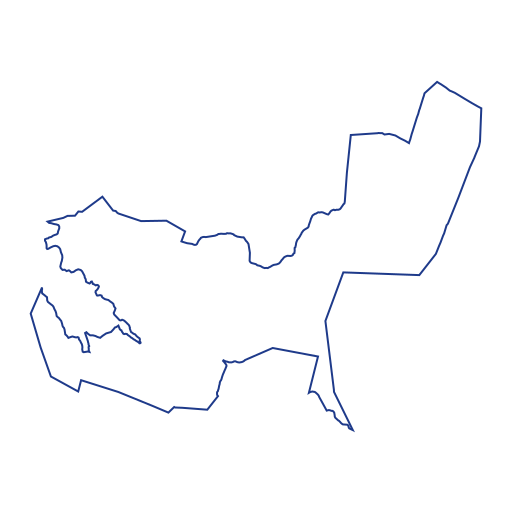 San Andrés Teotilálpam, Oaxaca, Mexico
{"feature_id": "50627088B65855706883459", "entity_name": "San Andrés Teotilálpam", "entity_type": "district", "adm_level": 2, "iso_a3": "MEX", "parent_name": "Mexico", "parent_adm1": "Oaxaca", "projection": "robinson", "projection_center": [-96.621, 17.951], "detail": "fine", "context": "isolated", "style": "outline", "palette": "blue", "viewbox_px": 512, "rotation_deg": 0, "n_neighbors": 0, "source": "geoboundaries", "source_scale": "gbopen_adm2", "svg_char_len": 5949}
<svg xmlns="http://www.w3.org/2000/svg" viewBox="0 0 512 512"><path d="M78.2,391.5L81.1,380.2L118.4,392.0L153.0,406.1L168.4,412.6L174.2,407.0L175.1,407.5L182.4,407.8L207.3,409.7L218.0,396.1L217.1,394.9L217.0,392.8L217.2,392.0L217.9,391.1L218.1,390.1L218.5,389.1L218.7,388.2L218.9,387.2L219.1,386.0L219.7,383.9L219.8,382.5L220.4,381.0L221.0,380.3L221.5,379.1L222.0,377.2L222.9,374.5L223.7,372.7L224.6,370.5L225.3,369.0L226.5,366.0L226.4,365.1L225.7,364.0L224.2,362.1L223.1,360.9L223.5,360.3L224.8,361.0L226.6,361.6L227.4,361.7L228.9,362.3L231.4,362.4L232.9,362.0L234.0,361.4L235.0,361.3L235.7,361.4L236.7,361.9L237.6,362.2L239.3,362.5L241.6,362.1L242.8,361.7L244.1,360.9L245.1,360.0L272.7,348.0L318.0,356.5L308.9,392.8L309.7,392.3L310.8,391.9L312.4,391.5L313.8,391.8L314.7,391.9L315.6,392.5L317.6,394.3L318.6,395.5L319.4,397.4L321.8,401.7L326.7,410.6L328.6,410.1L329.7,410.2L331.7,410.9L332.6,410.9L333.5,411.6L334.2,412.6L334.6,414.8L334.8,416.7L335.3,417.7L338.2,420.4L339.0,420.8L339.9,421.7L341.0,423.0L342.2,424.0L342.9,424.4L347.2,424.7L348.0,425.3L348.5,426.4L348.8,427.7L349.3,428.4L352.8,430.1L334.0,391.9L333.9,389.8L325.4,321.0L343.3,272.4L419.3,275.1L435.8,254.0L436.0,253.6L439.1,245.8L440.5,242.6L443.1,235.6L444.1,233.5L446.6,225.2L447.7,224.0L448.2,223.0L458.4,197.6L470.0,167.1L474.5,157.4L474.5,157.2L479.0,146.3L480.0,141.5L481.3,108.3L477.7,106.4L471.9,103.1L465.0,99.0L454.8,92.8L451.7,91.4L449.7,90.6L446.0,87.6L440.7,84.1L439.6,83.5L437.1,81.9L424.6,93.2L424.4,93.7L423.9,95.7L423.2,97.7L421.6,102.8L419.9,108.3L419.9,108.5L419.7,108.9L419.2,110.2L418.2,114.0L416.9,117.4L412.6,131.3L411.7,134.0L410.2,139.6L409.4,141.7L409.0,143.1L405.0,140.7L400.3,138.4L395.4,135.5L389.2,133.9L384.5,134.5L382.2,133.1L379.9,133.1L378.3,133.0L377.7,133.2L350.8,135.0L346.9,172.7L344.8,201.6L344.4,203.5L343.3,204.4L342.9,205.2L342.0,206.4L340.7,208.3L340.2,208.9L339.4,209.4L338.1,209.8L336.7,209.7L334.9,210.2L333.8,209.7L332.9,210.0L331.5,210.6L330.5,211.5L329.7,212.7L328.9,213.8L328.2,214.5L326.7,214.1L323.5,212.7L322.8,212.4L321.4,212.2L319.5,212.5L318.2,212.3L315.8,213.7L315.1,213.8L314.1,214.4L312.8,215.3L312.3,215.9L311.9,216.9L311.0,218.7L310.2,221.4L309.3,223.8L308.8,225.3L308.6,226.6L307.8,227.7L304.6,229.6L303.2,230.7L302.8,231.4L301.8,232.6L301.3,233.9L300.7,234.8L300.1,236.0L298.7,238.2L297.4,239.7L297.1,240.5L296.6,241.5L296.1,243.2L295.9,244.9L295.3,247.4L294.7,247.8L294.6,248.8L294.7,250.6L294.4,253.1L293.4,253.7L292.9,254.9L291.8,255.7L290.3,256.0L289.2,255.9L287.5,255.8L286.5,256.1L285.1,256.7L284.0,257.4L282.3,259.5L281.5,260.3L280.7,261.6L279.2,263.3L278.0,263.9L276.6,264.4L273.7,264.9L272.2,265.6L271.1,266.3L269.9,267.0L269.1,267.3L267.8,268.1L266.3,267.9L264.6,268.1L262.5,267.3L261.1,266.4L259.7,265.8L257.3,265.3L256.3,264.4L255.4,264.0L252.2,263.2L251.1,262.8L250.0,261.7L249.6,260.8L249.9,252.8L248.5,244.1L248.1,243.4L246.9,241.7L246.0,240.9L244.5,238.5L243.6,237.3L241.7,237.3L237.3,236.6L234.1,235.1L233.6,234.4L231.7,233.7L230.2,233.3L228.9,233.4L227.0,233.2L226.0,233.8L223.8,233.9L221.0,233.7L219.8,233.9L218.4,234.0L217.1,234.9L214.9,235.7L205.8,237.1L204.0,236.9L202.6,237.1L200.9,237.8L200.3,238.8L199.6,239.4L198.8,240.5L198.2,241.4L196.9,244.1L195.9,244.8L194.6,244.9L193.8,244.7L192.1,243.9L187.1,243.2L182.5,241.8L181.4,241.4L185.1,231.4L166.4,220.7L141.1,221.1L118.4,213.5L117.2,212.7L115.7,211.0L113.1,210.6L102.4,196.7L82.1,211.8L78.4,211.5L75.0,215.7L67.5,215.9L63.3,217.9L47.6,221.6L49.1,222.9L51.3,223.2L53.5,223.9L54.9,224.2L56.3,224.4L58.4,225.1L59.2,226.4L59.3,228.2L58.1,231.4L57.7,233.5L56.6,234.4L54.6,235.0L52.8,235.8L51.4,236.9L49.0,237.5L48.2,238.3L46.9,238.5L45.0,239.3L45.0,240.7L45.9,242.2L46.5,244.5L46.6,246.0L46.6,248.2L47.2,249.0L48.3,248.8L50.5,247.5L53.3,246.2L55.3,245.8L57.4,246.3L59.1,247.6L60.2,249.2L60.9,252.1L61.5,253.6L62.2,255.2L62.4,257.6L61.8,261.0L61.2,262.6L60.3,266.5L60.8,268.1L62.5,269.9L64.7,269.7L66.6,271.1L68.9,270.3L70.0,271.1L71.3,272.4L73.6,271.9L75.8,270.3L78.2,269.3L80.7,270.0L82.1,271.3L83.4,273.7L84.5,275.8L84.8,277.6L85.7,279.2L86.0,281.7L87.4,282.6L88.3,283.0L89.6,283.5L90.4,282.8L90.9,281.8L91.8,281.5L92.7,283.2L92.8,283.9L94.2,284.4L95.8,285.4L97.0,284.9L98.0,285.2L98.9,286.3L98.6,287.4L97.7,289.0L96.5,290.4L95.7,291.0L95.5,292.3L96.9,295.4L97.7,295.6L100.0,295.1L101.6,295.6L102.1,297.1L103.3,298.1L104.9,299.1L107.0,299.7L108.4,300.0L110.1,301.4L111.9,302.6L113.3,303.8L114.1,306.5L115.5,308.4L114.9,310.3L113.7,313.0L114.2,314.5L117.3,317.7L119.5,320.1L120.4,320.4L121.4,320.2L121.9,319.8L122.5,319.8L124.3,320.7L126.7,322.9L127.4,323.7L128.1,324.3L128.7,324.9L129.3,325.8L129.5,326.7L129.9,327.5L129.8,328.5L130.6,330.9L131.2,332.2L132.2,332.7L133.4,333.7L135.2,334.4L136.5,336.0L137.6,337.0L139.6,338.4L139.9,339.3L139.7,340.6L139.9,341.3L140.4,342.1L140.6,342.8L140.2,343.2L139.5,343.3L138.4,342.2L135.6,340.5L134.7,339.8L133.6,339.3L132.3,338.2L131.0,337.5L130.0,336.5L127.8,335.0L126.9,334.0L125.5,333.8L124.1,334.1L123.2,333.6L122.6,332.5L122.0,331.8L121.4,330.3L120.7,330.1L119.8,329.2L118.4,325.6L116.4,327.0L114.9,327.5L113.5,329.3L111.0,332.0L106.2,333.4L102.6,335.8L100.2,337.8L97.5,337.0L95.5,336.0L92.8,335.3L90.1,335.3L88.0,333.8L86.4,332.2L85.1,333.0L87.9,341.2L88.0,342.0L88.5,343.6L88.5,344.4L88.7,345.1L89.1,345.7L89.2,346.2L88.6,346.9L88.6,348.0L88.8,348.8L88.7,350.3L89.4,351.9L88.0,351.5L83.7,352.2L82.7,351.7L82.2,349.2L82.4,347.8L82.3,346.0L81.8,344.1L81.0,342.7L80.2,340.9L79.0,339.4L78.6,337.6L77.7,337.1L76.5,337.4L75.2,337.3L73.2,336.7L72.3,336.5L70.2,337.2L68.4,337.9L67.7,336.8L66.6,335.5L65.3,334.4L64.5,329.4L63.9,327.8L62.9,326.7L62.5,325.7L62.1,323.8L61.2,320.9L60.4,320.0L58.8,317.9L57.8,317.2L56.7,316.1L56.4,314.6L56.3,313.8L56.1,312.9L55.5,311.1L54.5,309.3L53.4,306.6L52.5,305.5L50.9,304.3L47.9,301.9L47.2,300.4L47.0,297.2L45.8,296.3L44.8,295.4L42.2,293.4L41.8,290.9L42.1,289.3L42.0,287.5L30.7,313.6L40.6,347.4L50.9,376.5L78.2,391.5Z" fill="none" stroke="#1e3a8a" stroke-width="2"/></svg>